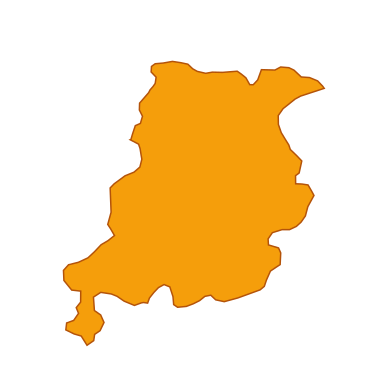 Chungju-si, North Chungcheong, South Korea (Albers equal-area conic projection), rotated 80°
{"feature_id": "91817680B87543439372548", "entity_name": "Chungju-si", "entity_type": "district", "adm_level": 2, "iso_a3": "KOR", "parent_name": "South Korea", "parent_adm1": "North Chungcheong", "projection": "albers", "projection_center": [127.905, 36.999], "detail": "fine", "context": "isolated", "style": "filled", "palette": "amber", "viewbox_px": 384, "rotation_deg": 80, "n_neighbors": 0, "source": "geoboundaries", "source_scale": "gbopen_adm2", "svg_char_len": 1845}
<svg xmlns="http://www.w3.org/2000/svg" viewBox="0 0 384 384"><g transform="rotate(80 192 192)"><path d="M83.6,102.4L93.0,107.8L97.0,113.1L96.3,116.5L88.9,119.1L84.3,123.1L80.9,126.5L80.2,133.8L79.5,141.2L77.5,151.2L77.5,157.9L74.1,165.9L70.8,169.9L65.4,173.9L62.7,180.6L60.0,188.6L60.0,198.0L59.3,206.0L61.3,210.1L66.7,211.4L72.7,207.4L78.7,209.4L81.4,212.1L84.1,215.5L86.7,217.5L95.4,228.2L102.1,229.6L108.8,227.6L115.5,230.9L116.8,236.3L124.2,240.3L129.6,243.0L129.8,243.8L135.6,236.3L140.3,235.6L147.0,235.7L151.0,235.7L158.4,239.0L162.4,245.7L164.4,255.1L170.4,267.2L173.8,271.9L188.5,273.9L197.9,275.2L209.3,280.6L214.0,278.6L221.4,275.9L225.4,283.3L228.1,290.6L234.1,298.7L238.8,306.0L241.5,316.1L242.2,326.2L246.9,332.2L256.9,333.5L267.7,327.5L270.3,318.8L281.1,320.8L285.8,326.1L291.8,324.8L292.8,325.8L297.9,330.8L299.2,338.2L305.9,340.2L311.3,332.8L314.6,326.1L324.7,322.0L323.2,318.7L321.3,314.6L315.3,312.6L312.6,306.6L305.2,301.3L297.2,303.3L291.8,308.7L278.4,307.3L275.0,299.3L278.4,289.2L281.7,283.9L287.7,277.8L293.7,268.4L292.4,261.1L292.4,259.0L293.7,255.0L289.0,252.3L284.3,247.0L280.3,241.6L278.3,235.6L281.6,230.3L291.7,228.9L299.7,229.6L303.0,226.2L303.7,217.5L302.3,210.1L300.3,203.4L297.0,197.4L296.9,191.4L302.3,187.4L305.6,179.3L304.3,165.3L300.2,141.9L297.5,137.2L291.5,133.9L283.5,128.5L280.8,122.5L278.8,117.8L267.4,115.2L262.1,116.5L257.4,125.9L251.4,125.2L246.0,119.9L244.7,109.9L246.0,102.5L244.0,95.2L240.6,89.8L235.3,84.5L226.6,80.5L216.6,72.5L212.6,73.8L205.2,76.5L203.2,82.5L201.9,88.5L193.9,87.2L191.9,83.2L180.5,78.5L174.5,82.5L167.2,87.8L162.5,88.5L155.8,91.2L149.1,93.8L140.4,95.2L131.7,93.8L125.7,87.8L121.7,80.4L118.4,74.4L116.4,68.4L112.9,43.8L110.4,45.0L104.4,49.0L99.7,56.4L97.7,64.4L89.7,70.4L86.4,75.0L84.3,83.0L86.3,89.1L83.6,102.4Z" fill="#f59e0b" stroke="#b45309" stroke-width="1.5"/></g></svg>